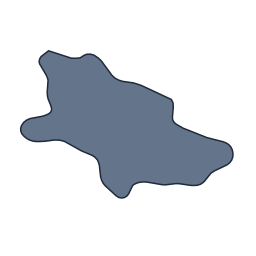 map outline of Al Bahah (Equal Earth projection), rotated 275°
{"feature_id": "SAU-885", "entity_name": "Al Bahah", "entity_type": "Region", "adm_level": 1, "iso_a3": "SAU", "parent_name": "Saudi Arabia", "parent_adm1": "", "projection": "equal_earth", "projection_center": [41.371, 20.064], "detail": "fine", "context": "isolated", "style": "filled", "palette": "slate", "viewbox_px": 256, "rotation_deg": 275, "n_neighbors": 0, "source": "natural_earth", "source_scale": "10m", "svg_char_len": 1395}
<svg xmlns="http://www.w3.org/2000/svg" viewBox="0 0 256 256"><g transform="rotate(275 128 128)"><path d="M198.0,42.1L192.6,65.6L192.9,69.6L193.7,74.2L196.5,77.8L197.9,80.6L198.3,84.1L197.6,87.9L194.9,92.6L192.6,95.5L179.1,107.4L176.7,110.4L174.9,114.5L174.0,118.6L173.4,129.5L171.7,137.1L160.2,168.7L157.1,170.6L153.1,171.3L142.4,171.3L140.1,171.8L138.2,173.0L137.0,174.2L135.7,176.3L132.6,183.0L125.3,207.5L122.6,224.0L121.7,227.0L120.3,229.7L118.2,232.0L115.9,233.5L113.4,234.4L110.8,234.9L108.2,234.9L105.1,234.1L102.4,232.5L100.0,230.0L92.8,217.8L90.1,214.5L81.3,208.6L80.0,207.3L78.2,205.0L77.0,202.0L76.5,198.9L76.3,195.9L77.0,183.2L76.7,180.1L74.6,170.1L74.5,166.9L75.8,151.2L75.6,147.9L75.0,144.6L73.9,141.6L72.5,139.2L71.5,138.1L71.0,137.6L62.5,134.4L60.2,132.9L58.4,130.5L57.7,127.7L58.0,124.8L59.6,121.9L68.3,110.5L70.9,108.0L73.8,106.2L77.3,104.9L88.4,102.7L91.0,101.7L93.7,100.2L96.4,97.1L97.8,94.1L101.0,84.0L109.1,65.9L109.8,61.8L109.9,60.3L109.6,55.7L107.6,46.6L106.7,40.3L106.5,37.0L106.7,34.1L107.3,31.5L107.9,29.7L109.1,27.5L110.8,25.0L113.1,22.7L115.5,21.5L118.3,21.1L121.1,21.7L124.5,23.6L127.0,26.3L128.8,29.4L132.3,41.9L133.6,44.9L135.1,47.6L136.8,49.4L138.3,50.1L140.7,50.2L144.1,48.9L149.7,46.0L152.7,45.0L156.4,44.4L168.6,44.2L171.1,43.3L173.6,41.9L184.1,34.4L186.6,33.6L189.4,34.1L191.6,35.2L198.0,42.1Z" fill="#64748b" stroke="#1e293b" stroke-width="1.5"/></g></svg>